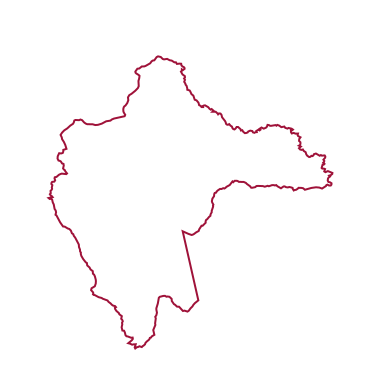 Seringueiras, Rondônia, Brazil, rotated 257°
{"feature_id": "56859067B10080877774160", "entity_name": "Seringueiras", "entity_type": "district", "adm_level": 2, "iso_a3": "BRA", "parent_name": "Brazil", "parent_adm1": "Rondônia", "projection": "orthographic", "projection_center": [-63.234, -11.893], "detail": "fine", "context": "isolated", "style": "outline", "palette": "rose", "viewbox_px": 384, "rotation_deg": 257, "n_neighbors": 0, "source": "geoboundaries", "source_scale": "gbopen_adm2", "svg_char_len": 5948}
<svg xmlns="http://www.w3.org/2000/svg" viewBox="0 0 384 384"><g transform="rotate(257 192 192)"><path d="M85.0,173.8L155.8,174.1L152.0,179.1L150.2,182.0L150.3,183.3L150.6,184.4L151.8,187.1L152.5,189.7L154.1,190.7L157.0,193.7L156.7,194.7L159.0,198.4L160.5,198.7L161.7,199.6L162.0,200.6L163.8,202.9L164.7,204.6L166.0,205.0L167.9,206.7L169.1,206.9L173.0,209.3L174.1,209.4L174.8,210.0L177.4,209.3L178.6,209.3L181.0,210.4L182.9,212.5L185.0,213.2L185.9,213.9L186.0,215.4L186.9,216.1L187.7,217.4L188.7,220.0L188.3,221.4L188.7,223.3L188.1,224.4L188.5,225.5L189.3,226.8L190.3,230.3L193.2,233.8L192.3,234.4L193.3,236.1L192.8,238.3L192.3,239.1L191.3,240.0L190.2,244.6L188.8,246.5L187.5,247.3L184.4,250.0L183.1,250.4L182.6,251.3L182.5,254.7L183.3,256.1L183.1,257.6L181.8,262.4L180.8,264.1L181.0,267.2L180.3,268.2L180.7,271.6L180.3,273.3L179.7,274.3L179.8,275.6L178.3,276.6L175.6,279.5L176.8,282.4L176.6,283.6L175.6,284.6L174.9,286.4L175.0,287.9L174.3,289.4L173.4,290.9L172.2,290.9L170.6,291.5L170.9,292.5L170.7,293.7L171.3,295.5L172.1,296.8L171.3,299.8L170.6,301.2L168.8,302.5L169.1,309.3L168.7,313.9L167.7,317.0L166.1,319.5L167.7,323.9L168.5,324.5L168.7,325.6L167.5,327.0L167.1,328.6L167.8,329.5L169.1,329.9L170.3,328.8L171.1,327.2L172.5,326.8L174.5,327.5L175.4,328.4L176.0,329.9L177.1,329.3L177.2,331.0L178.0,332.7L179.0,333.1L181.8,329.1L181.3,326.5L182.3,325.5L184.4,326.8L185.1,325.8L185.5,324.2L186.3,323.7L189.3,325.4L189.0,326.4L189.6,327.4L191.1,326.5L191.6,327.4L192.5,327.9L193.9,327.3L195.5,329.5L196.7,329.9L197.8,329.5L198.2,326.7L199.0,325.9L198.6,324.6L201.6,321.4L201.4,319.3L200.4,318.6L199.9,317.5L200.4,316.5L199.7,315.3L199.7,314.0L201.5,312.4L203.1,311.8L205.2,311.7L206.9,310.1L208.5,309.6L208.4,308.2L209.1,306.9L210.6,306.1L211.8,308.3L213.1,306.6L213.5,307.8L214.5,308.5L216.1,308.8L217.7,307.8L219.5,308.4L220.9,310.0L222.6,308.0L223.8,307.7L225.1,308.4L225.6,305.9L226.7,304.4L226.6,302.4L228.0,301.9L230.2,302.3L229.6,303.5L230.1,304.4L231.3,303.3L232.7,300.4L232.3,299.3L233.5,297.3L235.0,296.7L235.1,293.6L237.1,291.9L238.2,290.2L237.6,289.2L238.4,288.4L238.7,283.7L239.2,282.6L239.9,282.0L240.4,280.7L238.8,279.7L238.0,278.5L237.6,276.2L239.2,274.2L238.4,272.1L237.3,272.7L236.8,271.7L237.8,270.8L237.0,268.4L235.8,268.5L236.0,267.3L235.6,266.2L236.4,264.8L237.8,264.5L238.7,262.5L238.3,260.4L237.5,259.6L237.3,257.8L237.5,256.7L239.3,255.4L240.9,254.9L240.9,253.5L242.3,253.4L245.0,251.5L245.3,250.1L244.1,248.8L243.4,247.5L244.0,246.4L245.2,245.8L246.8,245.6L247.9,244.5L249.8,243.5L249.4,242.1L249.9,241.1L250.8,240.5L252.3,240.5L253.6,240.2L258.1,238.1L260.5,238.1L262.0,237.4L262.5,236.0L261.8,234.9L262.7,234.6L264.9,233.1L265.6,230.1L266.3,231.3L268.4,229.8L268.0,228.8L269.1,227.8L271.0,226.9L273.5,224.2L273.6,223.0L273.3,221.7L272.3,221.8L272.6,220.4L274.1,219.7L275.0,218.5L277.6,218.4L280.3,217.0L281.3,215.4L285.6,215.0L287.5,213.5L290.5,212.9L291.5,212.5L292.7,210.4L293.9,210.7L296.7,210.6L298.0,209.9L299.2,209.9L301.1,209.2L302.9,210.4L304.4,209.8L305.2,210.9L306.5,211.1L308.7,209.2L311.8,208.3L312.4,209.4L313.7,209.7L312.8,210.5L313.7,212.5L314.7,212.6L315.6,212.1L316.3,211.1L317.7,210.2L319.4,210.3L319.9,208.7L320.2,206.1L322.0,205.5L322.3,204.0L324.6,201.8L325.4,199.9L327.3,197.7L327.5,194.6L328.2,193.4L330.6,191.9L331.8,189.4L331.4,187.9L328.8,184.9L328.9,183.3L328.4,182.0L326.8,180.2L325.3,175.2L325.1,173.8L325.6,171.3L324.2,168.4L324.4,166.5L322.1,163.9L321.0,163.8L320.1,164.3L318.1,166.3L317.0,167.0L314.8,166.2L312.2,164.8L307.1,163.9L305.4,162.6L303.4,159.5L301.3,155.2L300.5,152.7L298.6,150.9L295.8,150.6L293.2,148.9L291.2,146.6L290.7,145.4L290.0,144.6L288.3,143.7L286.1,143.3L284.9,143.4L282.2,144.3L281.0,143.4L281.1,132.5L280.7,130.2L279.9,128.6L280.2,124.3L278.9,119.5L278.6,115.5L279.0,112.8L280.4,110.3L281.6,105.2L282.6,103.8L284.1,102.5L286.7,101.1L287.7,99.6L287.4,98.1L288.4,94.6L288.1,93.4L286.4,92.5L285.2,91.4L284.1,88.4L282.0,84.7L280.8,81.4L279.1,78.8L277.2,76.8L274.5,77.4L272.7,77.3L269.7,78.4L266.4,79.1L262.3,79.4L262.0,76.1L260.2,75.6L259.1,74.8L259.0,73.1L259.7,71.3L257.0,69.2L254.8,68.5L252.7,69.0L252.0,70.3L251.2,71.1L249.1,71.8L248.3,73.1L246.6,73.0L244.0,71.7L242.7,72.2L241.9,73.0L240.7,73.2L238.2,74.4L237.7,73.5L239.2,69.3L239.1,68.0L238.7,66.2L237.2,63.4L237.2,61.6L236.2,61.1L234.2,61.3L233.1,60.2L233.3,58.0L232.3,57.0L231.3,56.8L230.1,57.5L227.9,56.4L226.5,56.4L225.6,55.6L224.9,54.4L222.6,54.1L221.8,53.0L220.5,53.5L219.6,54.4L218.4,55.0L218.4,50.9L217.2,51.8L217.2,52.9L216.2,54.0L213.1,54.0L211.0,54.5L206.4,54.3L204.7,55.0L202.8,55.0L200.5,53.9L199.6,54.7L192.1,56.7L187.4,58.6L186.9,60.2L184.4,62.7L183.6,64.1L181.7,65.3L178.8,65.7L177.6,66.8L175.8,67.0L173.9,67.9L166.3,69.9L163.8,69.5L161.2,69.9L159.2,69.6L158.0,70.1L156.6,69.7L154.7,69.8L151.1,70.9L147.3,72.7L146.5,73.6L144.0,73.4L141.5,75.2L139.4,75.7L137.2,77.5L134.7,77.1L133.5,78.0L131.6,78.4L128.2,78.5L126.7,78.3L124.4,77.6L122.0,76.1L120.8,72.5L119.1,71.6L116.5,73.0L115.5,73.1L114.6,72.5L113.8,73.1L113.4,74.1L110.5,77.4L109.1,80.1L108.1,81.0L105.3,85.3L103.8,85.9L101.8,87.6L100.2,88.5L99.1,89.5L98.1,91.4L96.9,92.0L96.5,90.8L95.2,90.8L93.1,91.6L90.5,93.5L89.2,93.7L86.8,95.7L84.4,94.5L83.2,95.2L81.7,95.5L80.3,94.4L78.7,94.3L76.0,93.0L72.7,93.0L72.1,94.6L70.2,95.0L67.5,95.0L66.2,95.7L65.7,96.9L63.7,99.9L63.5,101.4L62.2,101.3L61.0,99.9L59.0,95.9L58.1,97.6L56.7,99.3L56.7,100.7L56.3,102.9L53.4,101.2L52.3,101.5L53.2,103.4L53.1,104.5L53.5,106.1L52.2,108.2L52.9,109.2L53.2,110.2L54.1,111.9L55.4,112.7L56.5,114.3L57.6,116.6L58.3,117.5L59.3,118.1L59.4,119.3L60.4,120.4L61.3,123.2L66.2,123.2L70.7,126.4L72.3,126.5L77.1,128.3L78.6,128.1L79.9,129.5L82.3,130.7L85.3,130.8L86.7,131.1L91.0,133.6L96.4,135.9L97.1,137.0L97.2,140.6L96.9,142.3L95.7,143.6L95.7,144.6L95.0,146.4L92.5,148.1L90.3,147.8L86.8,149.2L86.0,150.1L83.7,151.6L83.1,153.6L78.1,156.4L78.1,158.0L76.5,160.7L77.0,162.1L79.0,164.4L80.4,166.7L81.6,167.8L83.0,169.7L85.0,173.8Z" fill="none" stroke="#9f1239" stroke-width="2"/></g></svg>